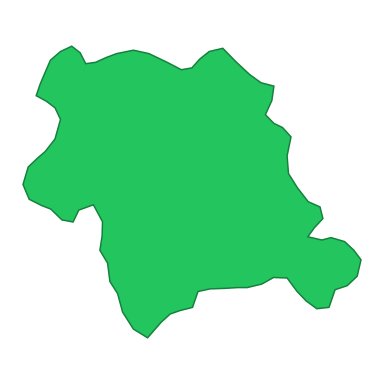 outline of Bandeira do Sul, Minas Gerais, Brazil
{"feature_id": "56859067B38581896750918", "entity_name": "Bandeira do Sul", "entity_type": "district", "adm_level": 2, "iso_a3": "BRA", "parent_name": "Brazil", "parent_adm1": "Minas Gerais", "projection": "equal_earth", "projection_center": [-46.384, -21.726], "detail": "fine", "context": "isolated", "style": "filled", "palette": "green", "viewbox_px": 384, "rotation_deg": 0, "n_neighbors": 0, "source": "geoboundaries", "source_scale": "gbopen_adm2", "svg_char_len": 1103}
<svg xmlns="http://www.w3.org/2000/svg" viewBox="0 0 384 384"><path d="M222.8,48.3L209.2,51.5L199.6,59.2L191.9,67.9L181.3,69.7L167.1,62.3L148.9,53.6L133.4,50.2L116.6,53.6L106.0,57.6L95.7,62.3L85.7,63.7L80.2,52.8L71.7,46.2L60.5,51.5L50.4,60.2L45.7,71.1L40.2,84.0L36.2,95.7L46.3,101.2L55.0,107.8L60.5,119.4L55.0,139.0L45.3,151.4L36.8,158.8L28.2,167.0L23.0,184.5L29.2,199.3L41.8,205.6L50.8,209.1L61.9,219.9L73.1,222.0L78.8,210.1L93.4,204.8L102.5,221.7L102.1,236.0L99.9,250.3L107.6,263.2L109.9,281.5L117.6,293.6L122.6,312.1L133.4,329.1L147.6,337.8L161.2,322.2L170.2,314.0L179.9,310.6L192.5,307.4L198.0,291.5L210.0,288.9L224.2,288.4L237.4,287.6L247.1,287.6L261.7,284.1L273.5,277.5L287.1,278.0L297.1,291.5L306.2,301.0L316.8,308.7L329.0,307.4L335.1,289.7L347.2,285.7L357.2,276.2L361.0,259.8L353.9,250.3L344.6,241.6L331.0,237.6L321.9,240.0L307.8,236.8L314.3,227.8L322.9,218.6L320.0,206.9L308.2,201.7L297.5,187.9L288.5,173.6L287.1,155.9L291.0,136.9L282.6,127.6L273.9,123.4L265.4,114.7L271.9,100.4L273.9,86.1L260.9,82.7L249.6,74.5L236.0,61.8L222.8,48.3Z" fill="#22c55e" stroke="#15803d" stroke-width="1.5"/></svg>